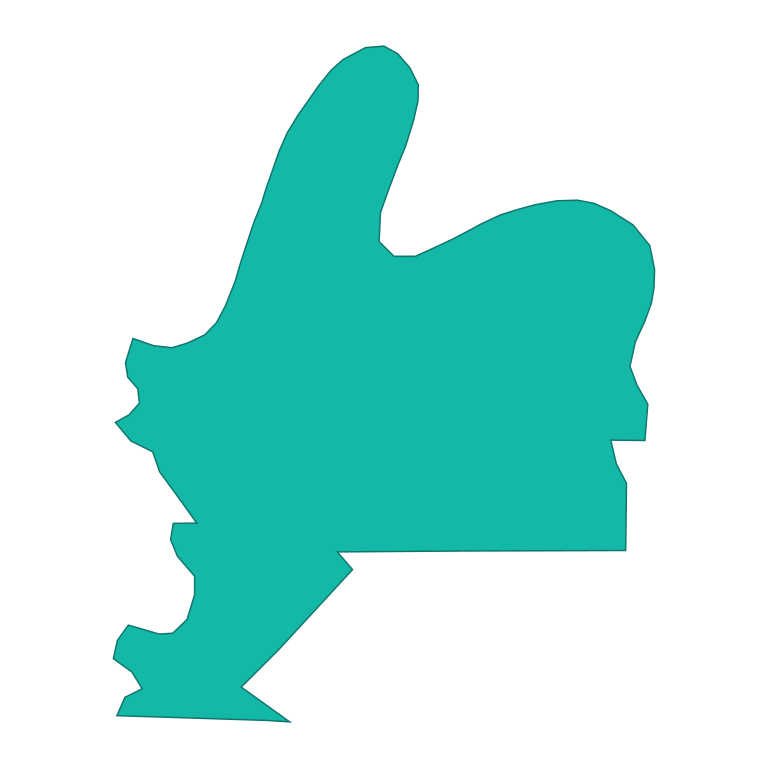 outline of Mariano Moro, Rio Grande do Sul, Brazil
{"feature_id": "56859067B96204382802981", "entity_name": "Mariano Moro", "entity_type": "district", "adm_level": 2, "iso_a3": "BRA", "parent_name": "Brazil", "parent_adm1": "Rio Grande do Sul", "projection": "orthographic", "projection_center": [-52.177, -27.34], "detail": "fine", "context": "isolated", "style": "filled", "palette": "teal", "viewbox_px": 768, "rotation_deg": 0, "n_neighbors": 0, "source": "geoboundaries", "source_scale": "gbopen_adm2", "svg_char_len": 1252}
<svg xmlns="http://www.w3.org/2000/svg" viewBox="0 0 768 768"><path d="M133.0,338.5L125.5,362.5L127.7,377.1L137.8,388.8L139.4,403.2L129.0,414.9L115.4,422.4L130.9,441.0L152.7,451.8L159.7,471.9L180.5,500.4L196.7,523.1L173.3,523.4L170.6,539.6L177.5,556.4L194.6,576.2L194.6,594.8L187.1,619.4L172.8,633.2L159.2,634.1L128.3,625.1L117.4,640.4L113.4,658.7L131.8,671.9L142.2,688.7L124.9,697.4L116.9,715.7L266.5,720.4L289.7,721.9L241.2,687.1L279.5,648.8L352.5,569.6L337.3,551.9L461.6,551.0L625.7,550.5L626.5,483.3L616.4,464.1L610.8,440.1L644.9,440.5L647.8,404.2L636.9,385.0L630.0,366.4L635.4,341.8L645.0,320.8L651.4,303.1L654.0,287.8L654.6,269.5L649.8,245.6L633.0,224.9L610.9,210.8L593.9,203.3L577.6,200.2L556.8,200.8L535.3,204.7L518.7,209.2L500.4,214.9L481.2,223.9L466.8,231.7L452.4,239.2L435.9,247.0L415.4,256.3L394.0,256.3L379.1,241.6L380.5,212.5L388.7,189.4L398.3,163.9L405.8,145.6L413.5,120.7L418.0,101.0L418.3,84.8L409.8,67.7L397.8,53.9L383.9,46.1L365.5,47.6L343.4,59.3L331.2,70.1L318.9,85.4L297.9,115.3L287.5,132.4L279.2,151.0L271.8,172.3L266.4,187.6L261.6,203.2L253.9,222.4L248.0,240.1L241.1,261.1L235.0,281.8L225.4,305.8L216.6,322.5L204.9,334.8L187.1,343.2L171.9,347.7L153.5,345.7L133.0,338.5Z" fill="#14b8a6" stroke="#0f766e" stroke-width="1.5"/></svg>